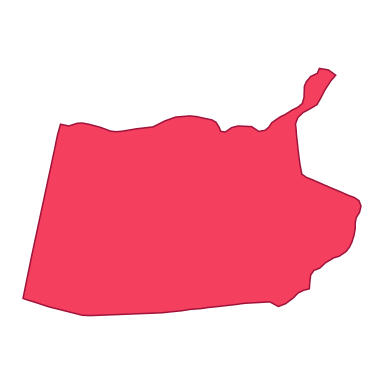 outline of São Gonçalo do Amarante, Rio Grande do Norte, Brazil
{"feature_id": "56859067B3289637824889", "entity_name": "São Gonçalo do Amarante", "entity_type": "district", "adm_level": 2, "iso_a3": "BRA", "parent_name": "Brazil", "parent_adm1": "Rio Grande do Norte", "projection": "robinson", "projection_center": [-35.331, -5.773], "detail": "fine", "context": "isolated", "style": "filled", "palette": "rose", "viewbox_px": 384, "rotation_deg": 0, "n_neighbors": 0, "source": "geoboundaries", "source_scale": "gbopen_adm2", "svg_char_len": 1506}
<svg xmlns="http://www.w3.org/2000/svg" viewBox="0 0 384 384"><path d="M60.5,124.2L57.7,134.3L56.0,142.2L55.1,147.0L53.4,154.8L33.5,247.4L31.4,257.2L23.0,298.4L27.8,300.1L33.8,301.9L38.7,303.5L48.3,306.7L82.5,315.3L90.4,315.6L119.0,314.5L146.8,313.4L152.3,313.2L162.9,312.7L171.0,311.8L181.4,310.8L190.2,309.4L200.9,308.6L208.4,307.5L218.2,306.5L232.2,304.9L236.9,304.4L241.2,303.7L246.1,303.2L269.9,301.9L278.4,306.5L285.6,303.7L293.3,297.9L297.9,293.1L303.5,290.3L309.4,288.8L309.7,283.3L310.7,275.0L313.9,270.4L319.7,268.2L325.3,262.9L333.6,257.9L339.2,256.2L346.0,251.6L349.5,247.1L351.9,242.1L354.0,235.4L355.2,228.7L355.2,223.4L356.2,217.7L359.5,212.4L361.0,206.1L359.0,200.7L354.5,197.6L347.8,195.1L341.3,192.2L330.1,187.5L322.3,184.1L312.6,179.8L306.4,177.4L301.8,174.1L300.0,164.5L299.0,157.3L298.1,149.9L297.3,142.2L296.5,135.4L296.2,130.3L295.5,123.8L297.9,117.5L303.0,112.6L311.8,107.8L317.0,104.6L320.6,98.3L324.7,90.3L330.8,80.9L335.7,75.2L328.4,69.9L319.4,68.4L317.3,73.3L310.7,76.5L306.4,81.6L304.4,86.2L304.0,97.5L302.3,103.5L297.9,107.2L291.9,110.2L284.8,114.7L280.3,116.8L275.8,119.9L271.7,122.8L268.9,127.1L265.1,130.3L258.8,131.4L251.6,126.6L237.9,126.0L231.7,127.6L225.3,132.0L220.8,131.4L218.9,126.8L216.0,122.3L212.0,119.9L204.2,118.3L196.6,116.6L189.7,115.9L175.5,117.1L164.4,121.1L158.0,124.4L153.0,126.9L136.4,128.8L122.3,131.2L115.8,131.7L110.5,131.1L100.6,127.4L89.4,124.4L82.1,123.0L77.1,123.3L68.8,126.0L60.5,124.2Z" fill="#f43f5e" stroke="#9f1239" stroke-width="1.5"/></svg>